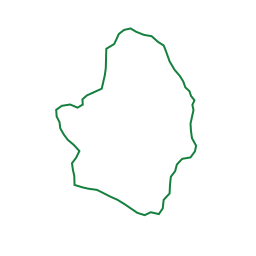 the district of São Lourenço, Minas Gerais, Brazil, rotated 246°
{"feature_id": "56859067B27474085083589", "entity_name": "São Lourenço", "entity_type": "district", "adm_level": 2, "iso_a3": "BRA", "parent_name": "Brazil", "parent_adm1": "Minas Gerais", "projection": "albers", "projection_center": [-45.035, -22.115], "detail": "fine", "context": "isolated", "style": "outline", "palette": "green", "viewbox_px": 256, "rotation_deg": 246, "n_neighbors": 0, "source": "geoboundaries", "source_scale": "gbopen_adm2", "svg_char_len": 977}
<svg xmlns="http://www.w3.org/2000/svg" viewBox="0 0 256 256"><g transform="rotate(246 128 128)"><path d="M79.5,179.7L84.1,183.0L92.7,182.3L99.9,184.4L106.6,186.9L113.4,191.9L117.7,195.1L122.9,196.2L126.3,200.0L131.6,198.6L136.7,199.1L141.8,196.9L148.0,197.4L154.6,196.5L162.2,194.2L171.9,193.1L182.6,193.9L188.8,194.2L194.5,190.4L202.3,186.9L206.6,180.4L212.7,174.5L217.9,170.8L219.2,164.3L217.6,157.8L214.1,153.9L210.3,149.5L209.2,140.4L191.8,132.1L185.8,128.4L174.6,120.0L174.5,103.8L172.7,98.0L167.8,96.2L167.1,90.2L173.0,84.7L175.2,76.5L173.8,69.8L167.6,67.5L161.1,67.8L155.3,66.0L148.1,66.7L141.6,68.2L134.6,71.6L126.7,74.2L122.0,68.6L118.6,62.5L112.0,60.6L106.3,59.5L97.7,56.0L92.1,62.5L88.4,67.5L84.1,74.5L78.1,79.4L72.3,84.1L66.9,89.0L59.8,93.9L54.1,97.4L46.7,102.0L41.6,107.8L41.8,114.5L36.8,121.2L40.5,127.1L47.8,131.3L51.3,139.4L58.9,143.2L66.0,147.3L69.5,153.6L74.7,157.7L77.8,164.9L75.7,173.1L79.5,179.7Z" fill="none" stroke="#15803d" stroke-width="2"/></g></svg>